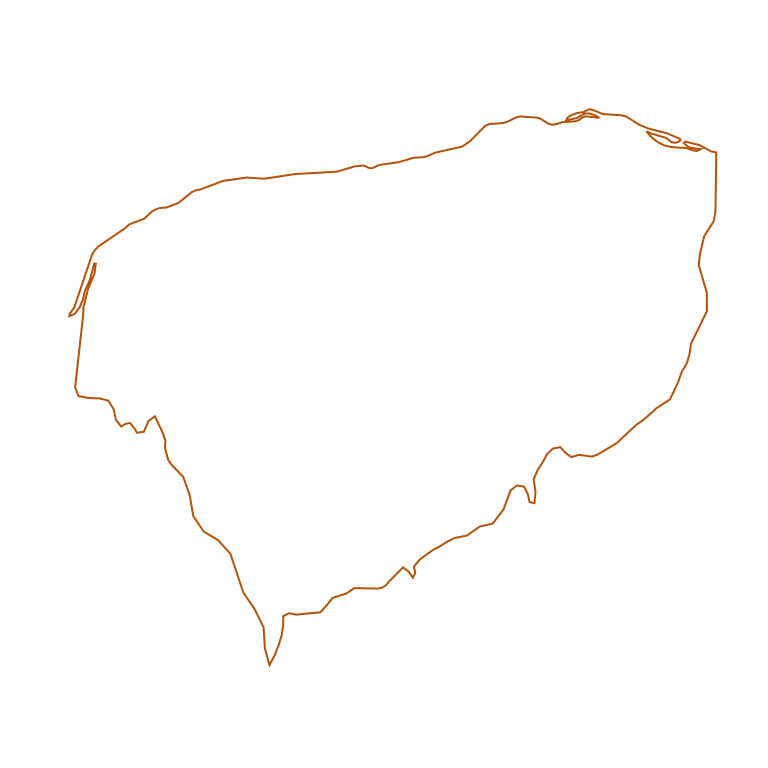 the State of Yucatán, rotated 4°
{"feature_id": "MEX-2737", "entity_name": "Yucatán", "entity_type": "State", "adm_level": 1, "iso_a3": "MEX", "parent_name": "Mexico", "parent_adm1": "", "projection": "equal_earth", "projection_center": [-88.855, 20.634], "detail": "fine", "context": "isolated", "style": "outline", "palette": "amber", "viewbox_px": 768, "rotation_deg": 4, "n_neighbors": 0, "source": "natural_earth", "source_scale": "10m", "svg_char_len": 2630}
<svg xmlns="http://www.w3.org/2000/svg" viewBox="0 0 768 768"><g transform="rotate(4 384 384)"><path d="M78.8,327.6L79.2,326.6L81.9,310.8L87.5,293.8L88.1,284.1L86.5,284.1L83.5,300.1L79.5,311.0L78.9,313.2L77.9,320.3L75.1,328.6L70.8,335.5L65.4,338.3L65.4,336.3L69.8,328.9L83.6,275.9L85.9,271.1L89.7,266.5L114.2,247.2L118.8,242.5L133.2,235.9L140.6,227.9L145.4,225.1L148.0,224.1L154.7,223.1L166.3,217.7L179.5,205.5L183.3,203.7L187.2,202.8L209.2,192.6L232.8,187.6L250.2,187.6L280.5,180.8L322.0,175.5L339.9,168.9L348.6,167.5L353.8,169.5L356.1,169.7L358.3,169.0L362.9,166.3L364.4,165.7L383.1,161.7L397.5,156.3L407.2,155.0L411.4,153.6L419.1,149.6L445.6,141.7L453.2,135.4L466.8,119.6L471.0,117.3L484.6,115.4L488.9,113.7L496.8,109.1L501.1,107.6L518.3,107.6L521.9,108.6L529.4,112.7L533.3,113.6L537.1,113.0L544.2,110.2L556.2,108.7L560.1,107.1L563.0,104.5L566.2,102.9L580.3,103.4L576.0,101.3L570.7,99.9L565.6,100.0L558.0,105.2L549.3,107.7L547.5,108.0L548.5,105.5L552.9,102.3L557.8,100.2L563.7,98.9L568.5,96.2L570.5,95.6L573.7,96.2L583.3,99.4L601.9,99.4L607.0,100.3L620.6,107.6L629.8,110.7L649.0,114.2L662.1,118.8L662.8,119.8L661.0,121.8L658.8,122.8L656.0,123.0L653.4,122.4L651.3,120.7L648.0,118.8L632.7,115.4L628.1,113.6L633.3,118.9L639.9,123.4L647.2,126.5L654.3,127.6L669.3,127.6L676.3,129.5L679.9,129.7L683.5,127.6L674.2,127.1L669.8,125.6L666.3,122.7L667.4,121.2L682.0,123.6L694.2,129.2L699.2,129.8L699.5,133.6L702.6,188.5L701.7,198.3L693.1,214.3L690.1,232.5L689.7,243.5L699.8,270.8L701.0,289.0L687.4,322.6L686.7,332.5L684.8,341.8L680.2,351.1L677.3,361.6L670.4,379.3L657.1,389.5L645.6,401.5L638.4,407.2L620.3,426.7L602.0,439.5L596.4,441.9L583.2,441.1L576.2,443.8L570.2,440.4L564.3,434.7L557.0,436.6L551.6,442.5L548.0,450.6L543.2,459.3L539.9,468.7L542.7,481.3L542.4,492.3L537.5,491.7L535.0,483.5L530.9,476.6L523.7,476.0L517.7,481.3L511.9,500.9L502.1,515.7L489.3,519.6L477.5,529.3L465.3,532.7L458.1,536.8L451.2,542.0L444.7,545.9L431.7,556.8L426.6,564.1L428.4,570.2L426.3,575.2L421.5,569.3L415.8,565.6L402.1,581.5L400.0,584.8L396.4,587.1L392.6,588.5L368.4,589.7L361.4,595.4L347.5,601.1L342.3,608.9L336.3,616.2L312.6,620.2L305.2,619.3L299.7,622.6L300.2,632.4L299.4,641.8L297.3,651.2L293.9,662.1L289.4,672.4L283.6,656.1L280.9,635.3L270.6,617.5L258.3,602.0L242.6,564.1L229.5,551.4L214.5,543.8L203.0,529.2L197.9,508.3L190.2,490.7L177.5,479.1L174.0,474.7L169.9,462.9L169.9,455.9L166.5,447.8L157.8,432.2L151.7,437.3L147.8,448.4L141.1,449.9L137.5,444.9L133.4,440.6L128.7,441.9L124.8,444.8L119.1,438.6L116.1,428.1L110.1,419.8L101.2,418.2L90.4,418.6L80.0,417.3L76.1,408.8L79.1,336.1L78.8,327.6Z" fill="none" stroke="#b45309" stroke-width="2"/></g></svg>